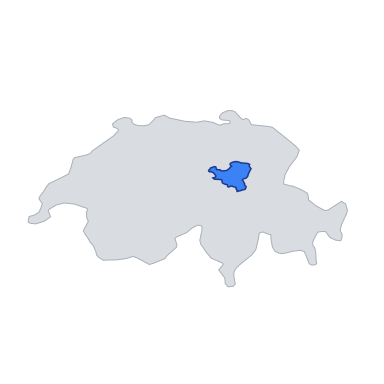 where Schwyz sits in Switzerland, rotated 10°
{"feature_id": "CHE-173", "entity_name": "Schwyz", "entity_type": "Canton", "adm_level": 1, "iso_a3": "CHE", "parent_name": "Switzerland", "parent_adm1": "", "projection": "equal_earth", "projection_center": [8.712, 47.055], "detail": "fine", "context": "in_parent", "style": "filled", "palette": "blue", "viewbox_px": 384, "rotation_deg": 10, "n_neighbors": 0, "source": "natural_earth", "source_scale": "10m", "svg_char_len": 3962}
<svg xmlns="http://www.w3.org/2000/svg" viewBox="0 0 384 384"><g transform="rotate(10 192 192)"><path d="M283.3,127.2L285.4,128.3L290.4,132.2L289.3,138.9L283.7,149.7L280.7,158.5L280.4,165.2L281.0,168.3L282.0,168.3L287.4,168.8L290.2,168.7L298.9,170.6L305.8,173.2L307.2,176.0L308.1,179.5L316.4,184.1L325.9,187.2L329.1,186.2L340.8,175.2L345.4,177.1L348.2,182.9L348.1,186.0L345.0,197.6L344.5,203.9L347.3,208.0L347.6,211.3L346.9,214.2L342.1,214.5L335.8,212.9L330.4,207.8L326.4,208.4L322.9,209.7L321.1,214.5L319.6,220.2L320.1,223.4L322.7,225.8L324.6,231.0L326.1,237.8L327.2,240.9L326.0,242.3L322.7,243.2L319.9,242.3L315.0,234.2L312.8,231.1L308.9,230.6L302.2,232.6L291.9,237.1L287.7,237.1L284.2,236.1L280.8,232.3L278.0,224.9L277.0,220.3L275.1,220.4L268.5,219.1L265.4,220.9L265.4,228.5L264.8,237.9L261.5,244.0L252.3,254.5L248.9,259.1L247.5,262.4L247.3,265.3L248.7,270.3L250.6,275.0L249.0,277.7L244.1,279.1L240.6,276.3L239.3,271.1L231.8,264.1L235.2,258.3L234.6,256.8L222.3,253.8L217.0,249.3L209.5,241.6L208.1,238.2L208.4,227.5L208.0,224.8L207.0,223.6L203.4,223.6L198.4,227.4L193.7,233.0L184.2,239.3L183.2,240.7L186.4,246.8L186.2,249.2L178.4,259.1L176.9,262.3L167.1,268.5L162.5,270.8L148.9,266.3L145.1,265.7L139.0,268.8L130.4,271.7L116.4,274.6L111.3,272.5L108.9,270.5L107.7,267.5L104.3,262.2L100.4,259.1L97.7,255.7L94.0,252.0L91.7,248.9L95.0,238.9L92.7,235.4L91.6,230.5L92.3,227.1L91.0,226.3L78.5,224.3L68.1,225.0L60.6,228.3L54.4,233.8L53.7,235.0L54.0,235.9L57.0,241.0L51.8,246.3L43.8,250.5L38.3,250.9L35.8,250.1L35.8,244.4L40.4,242.3L44.7,238.6L46.1,233.3L46.7,229.6L42.4,225.2L43.0,222.4L45.8,217.3L47.4,212.7L49.6,208.7L58.4,202.3L67.2,195.8L68.6,188.9L69.3,180.5L70.6,178.5L82.4,173.5L85.3,171.5L86.8,168.7L96.1,159.3L105.3,150.0L107.2,146.9L108.7,145.1L108.7,143.6L107.6,142.4L103.3,141.7L101.9,138.7L106.6,133.5L112.5,130.3L118.2,130.2L120.5,131.7L120.4,133.4L122.8,135.3L127.2,135.9L132.5,135.3L137.8,133.3L141.2,128.6L143.1,125.1L151.5,121.1L157.1,123.1L173.0,123.6L184.5,122.5L191.7,119.8L200.7,119.8L206.7,121.4L207.7,121.1L209.4,120.8L211.0,119.3L216.7,118.3L217.4,117.1L217.2,115.8L216.2,115.2L209.2,115.8L206.6,114.9L205.9,112.6L208.1,108.8L213.2,105.6L217.6,104.9L220.7,105.7L228.3,111.6L230.1,111.7L231.2,110.7L232.8,110.1L235.4,111.2L238.4,114.9L238.9,115.4L255.9,114.2L259.7,114.2L271.3,120.5L283.3,127.2Z" fill="#d9dde1" stroke="#a8b0b8" stroke-width="1"/><path d="M223.6,178.7L223.0,178.6L221.6,178.2L221.0,178.0L220.6,177.9L220.1,177.5L219.8,176.7L219.5,175.4L219.4,175.1L219.1,174.9L218.8,174.8L216.8,174.9L211.7,175.5L210.1,174.5L212.4,173.4L212.6,173.0L212.8,172.3L212.6,171.8L212.3,171.5L209.7,169.3L206.9,168.7L205.8,169.1L205.1,168.8L204.7,168.3L204.6,167.8L204.7,167.5L205.3,167.0L205.6,166.7L205.7,166.3L205.7,165.9L205.8,165.5L206.0,165.2L206.4,164.9L208.5,163.8L209.2,163.3L209.9,163.0L210.4,163.2L211.1,163.2L212.3,165.6L215.9,165.3L216.3,165.4L216.6,165.6L217.1,166.1L217.7,166.1L218.6,165.9L220.2,165.4L221.1,165.3L222.0,164.9L222.8,164.4L224.7,162.4L225.3,161.1L226.5,159.9L225.2,159.1L225.1,158.6L224.7,158.1L224.6,157.7L224.8,157.2L225.2,156.8L225.9,156.2L228.6,154.7L231.6,154.2L235.4,154.8L241.9,154.2L244.0,154.8L243.9,155.6L243.8,156.2L243.8,156.4L244.3,157.2L246.1,158.8L244.8,162.6L244.8,163.1L244.6,164.1L244.4,164.4L244.1,164.9L244.3,166.1L244.2,166.7L243.5,168.0L243.0,168.7L242.4,169.3L240.6,170.0L239.9,170.5L239.5,171.5L240.5,172.3L242.4,174.8L242.5,174.9L242.3,175.2L242.3,175.5L242.6,176.0L242.9,176.3L244.0,176.9L244.3,177.3L244.4,177.9L244.2,179.1L243.8,180.2L242.3,180.8L239.2,182.4L238.9,182.5L237.2,183.2L236.7,183.6L236.4,183.7L236.2,183.5L236.0,183.0L235.9,182.0L235.7,181.7L235.3,181.7L234.9,181.3L234.7,181.0L234.7,180.6L234.7,180.2L234.5,179.9L234.0,179.7L232.1,179.7L231.4,179.6L231.0,179.3L230.6,179.1L230.1,179.2L229.3,179.6L228.8,179.8L228.1,180.1L227.4,180.6L226.9,180.8L226.5,180.6L226.0,180.0L225.7,179.0L225.5,178.7L225.1,178.6L223.6,178.7Z" fill="#3b82f6" stroke="#1e3a8a" stroke-width="1.5"/></g></svg>